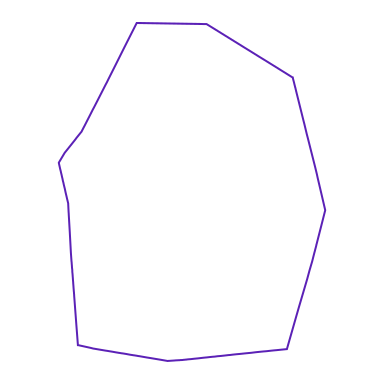 Zuunmod, Töv, Mongolia
{"feature_id": "93677404B29507747190159", "entity_name": "Zuunmod", "entity_type": "district", "adm_level": 2, "iso_a3": "MNG", "parent_name": "Mongolia", "parent_adm1": "Töv", "projection": "orthographic", "projection_center": [106.938, 47.703], "detail": "fine", "context": "isolated", "style": "outline", "palette": "violet", "viewbox_px": 384, "rotation_deg": 0, "n_neighbors": 0, "source": "geoboundaries", "source_scale": "gbopen_adm2", "svg_char_len": 2845}
<svg xmlns="http://www.w3.org/2000/svg" viewBox="0 0 384 384"><path d="M296.1,316.9L298.9,307.2L307.2,279.0L309.5,270.5L312.2,261.3L314.3,253.0L314.8,251.2L315.2,249.6L315.9,247.0L316.3,245.4L316.4,244.8L316.4,244.7L316.6,244.1L322.7,220.2L325.2,210.3L325.2,210.1L321.5,194.2L317.6,177.6L316.9,174.3L315.1,166.9L307.8,138.0L306.8,134.2L304.4,124.2L303.4,120.3L296.5,92.6L296.4,92.1L296.2,91.5L296.1,91.0L296.0,90.5L295.9,90.0L295.7,89.4L295.6,88.9L295.5,88.4L295.4,88.0L295.3,87.6L295.1,87.1L295.1,86.9L294.2,83.4L294.2,83.2L293.1,79.1L292.9,78.2L292.8,77.5L292.7,77.5L292.5,77.4L290.4,76.1L280.6,70.0L270.5,63.7L264.7,60.1L259.8,57.1L206.6,24.1L200.6,24.0L136.7,23.0L124.4,47.3L116.2,63.7L108.5,79.0L106.9,82.3L105.6,84.7L98.1,99.4L97.8,100.0L94.1,107.2L93.2,108.9L93.0,109.2L90.9,113.4L84.0,126.9L83.9,127.0L83.2,128.4L82.0,130.7L81.6,131.6L81.1,132.2L81.0,132.3L76.4,138.0L75.7,139.0L72.7,142.8L64.7,152.8L59.2,162.0L58.8,162.8L59.3,165.1L59.4,165.5L59.8,167.3L60.2,169.1L60.7,171.0L61.1,172.9L61.6,174.9L62.0,176.8L62.5,178.8L62.9,180.9L63.4,182.7L63.8,184.7L64.3,186.7L64.8,188.7L65.2,190.6L65.6,192.5L66.1,194.6L66.6,196.7L67.0,198.5L67.5,200.5L67.9,202.2L68.2,203.4L68.2,204.2L68.3,206.0L68.4,208.1L68.5,210.1L68.6,212.1L68.7,213.3L68.8,215.4L69.8,232.5L70.9,252.9L71.5,261.4L71.6,261.9L71.7,263.5L71.9,265.8L72.0,267.7L72.2,269.2L72.3,270.5L72.3,271.6L72.4,272.8L72.5,273.4L72.5,274.0L72.6,274.6L72.6,275.2L72.7,275.9L72.7,276.6L72.8,277.3L72.8,278.0L72.9,278.6L72.9,279.3L73.0,280.0L73.0,280.6L73.1,281.2L73.1,281.9L73.2,282.6L73.2,283.3L73.3,284.0L73.3,284.7L73.4,285.3L73.4,286.0L73.5,286.7L73.5,287.4L73.6,288.1L73.6,288.8L73.7,289.3L73.7,290.0L73.8,290.6L73.8,291.2L73.9,291.8L74.0,293.0L74.0,293.6L74.1,294.2L74.1,294.3L74.2,296.2L74.5,300.1L75.3,310.8L76.4,325.5L76.8,330.6L77.9,345.1L78.0,345.1L90.7,347.9L93.4,348.6L93.6,348.6L96.0,349.0L98.9,349.5L102.5,350.1L106.0,350.7L106.9,350.8L109.2,351.2L112.3,351.7L115.6,352.3L118.6,352.8L119.0,352.9L119.3,352.9L121.7,353.3L122.6,353.4L123.9,353.6L126.3,354.0L130.0,354.7L133.8,355.3L134.0,355.3L137.1,355.8L138.0,356.0L139.5,356.2L146.9,357.5L150.1,358.0L160.9,359.8L167.8,361.0L168.3,360.9L168.6,360.9L171.4,360.7L174.4,360.5L175.3,360.4L177.3,360.3L179.0,360.2L179.7,360.2L180.1,360.1L182.3,360.0L182.5,360.0L183.1,359.9L183.9,359.8L185.1,359.7L185.8,359.6L186.4,359.6L186.7,359.5L187.6,359.4L188.6,359.3L191.1,359.1L193.6,358.8L195.6,358.6L197.7,358.4L200.3,358.1L201.1,358.0L202.8,357.8L204.7,357.6L206.9,357.4L209.4,357.1L212.2,356.8L214.8,356.6L217.7,356.2L220.4,356.0L223.2,355.7L225.9,355.4L228.3,355.1L229.9,355.0L233.0,354.6L235.0,354.4L236.8,354.2L239.2,354.0L242.1,353.7L244.9,353.4L248.0,353.1L251.2,352.8L256.0,352.2L258.9,351.9L262.9,351.5L266.5,351.2L270.0,350.8L273.8,350.4L276.1,350.2L286.9,349.1L296.1,316.9Z" fill="none" stroke="#5b21b6" stroke-width="2"/></svg>